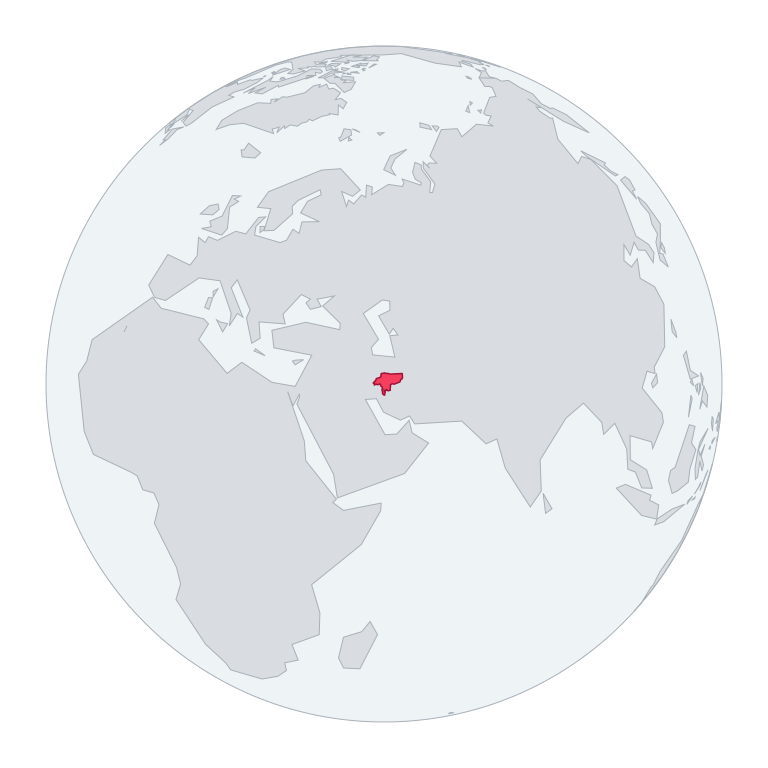 globe centered on Esfahan
{"feature_id": "IRN-3211", "entity_name": "Esfahan", "entity_type": "Province", "adm_level": 1, "iso_a3": "IRN", "parent_name": "Iran", "parent_adm1": "", "projection": "orthographic", "projection_center": [51.611, 32.657], "detail": "fine", "context": "on_globe", "style": "filled", "palette": "rose", "viewbox_px": 768, "rotation_deg": 0, "n_neighbors": 0, "source": "natural_earth", "source_scale": "10m", "svg_char_len": 12345}
<svg xmlns="http://www.w3.org/2000/svg" viewBox="0 0 768 768"><circle cx="384" cy="384" r="338" fill="#eef3f6" stroke="#a8b0b8"/><path d="M399.1,46.4L401.7,46.6L436.8,51.4L452.6,53.9L445.4,53.4L478.6,59.9L500.7,67.2L472.8,58.6L467.6,57.7L481.2,62.0L478.8,62.1L484.0,64.6L480.0,64.7L464.0,60.7L461.1,61.0L470.8,64.2L473.0,67.0L459.1,62.1L461.4,66.8L435.0,63.1L401.2,53.6L383.5,54.9L340.6,55.3L341.5,56.7L325.8,59.1L321.0,61.9L314.4,62.0L316.2,64.4L323.2,63.8L326.3,64.8L324.1,66.8L315.3,66.9L315.1,66.0L311.4,67.1L307.9,66.5L308.4,67.9L298.0,68.4L304.9,70.9L293.8,73.9L287.9,73.5L293.0,69.6L291.7,62.0L287.3,62.0L275.8,65.1L244.8,78.3L238.0,80.6L225.5,86.5L227.1,86.5L237.5,82.1L237.5,84.5L250.2,79.8L252.0,80.4L263.3,77.9L256.7,82.8L244.1,89.3L234.5,92.0L228.7,95.2L233.9,97.0L212.1,107.0L191.1,123.4L186.0,126.1L183.1,122.3L193.1,110.5L189.5,109.1L186.8,115.1L174.1,123.1L169.9,126.9L167.7,129.9L170.5,129.1L165.2,133.3L165.7,128.0L170.6,124.1L170.4,125.5L175.0,120.5L175.3,118.6L168.8,123.6L171.4,121.4L191.0,106.6L211.6,93.4L233.1,81.6L255.4,71.5L278.4,63.0L301.9,56.2L325.9,51.1L350.2,47.8L374.6,46.2L399.1,46.4ZM464.5,56.2L456.9,54.4L465.1,56.2L464.5,56.2ZM485.4,65.0L488.3,65.7L489.8,66.8L485.4,65.0ZM266.1,75.5L264.7,76.7L263.3,76.5L266.1,75.5ZM272.3,73.6L271.8,72.6L274.7,71.5L274.9,72.1L272.3,73.6ZM485.0,68.2L486.5,70.2L482.2,67.4L485.0,68.2ZM272.3,75.2L279.8,69.8L284.9,68.1L290.2,69.4L272.3,75.2ZM485.5,70.9L489.3,76.7L496.0,78.3L479.1,77.8L481.5,72.5L475.2,68.6L481.8,70.9L485.5,70.9ZM326.3,62.9L318.8,63.5L327.1,61.4L326.3,62.9ZM330.9,61.3L351.8,54.8L361.8,55.4L352.8,57.1L367.3,57.1L361.8,60.5L352.6,61.3L347.3,60.1L349.3,62.4L330.9,61.3ZM469.1,77.1L467.6,78.2L466.1,76.3L469.1,77.1ZM328.2,65.1L331.5,63.5L340.4,63.8L335.3,67.1L334.1,65.9L328.2,65.1ZM373.8,55.8L379.5,56.9L376.6,59.9L378.5,60.8L362.6,60.7L373.8,55.8ZM330.9,66.8L332.5,69.0L326.3,70.7L325.5,66.8L330.9,66.8ZM344.9,62.5L348.8,63.0L345.0,63.8L344.9,62.5ZM305.2,79.1L309.0,76.6L314.0,76.4L305.2,79.1ZM333.5,69.7L335.6,69.1L338.0,68.9L337.7,70.7L333.5,69.7ZM361.7,63.0L359.3,64.2L368.0,63.2L366.2,65.8L356.0,65.4L359.6,66.7L359.1,67.6L351.3,66.4L361.7,63.0ZM344.6,72.1L330.9,73.3L322.8,77.8L318.1,77.9L332.1,70.8L344.6,72.1ZM349.2,68.8L345.3,70.8L341.5,69.6L341.9,67.6L349.2,68.8ZM368.7,68.0L374.1,64.0L376.2,64.3L368.7,68.0ZM343.0,73.5L346.3,73.3L342.8,74.0L343.0,73.5ZM361.7,69.8L363.3,68.2L365.6,68.5L361.7,69.8ZM351.6,74.3L347.2,74.5L347.3,73.0L351.6,74.3ZM356.8,72.4L359.6,73.3L350.0,72.3L357.2,71.6L356.8,72.4ZM363.6,70.4L365.5,70.1L362.6,71.0L363.6,70.4ZM353.8,80.4L341.7,79.6L341.9,76.0L353.7,77.2L353.8,80.4ZM84.2,431.3L78.4,374.2L86.7,361.2L92.1,339.7L152.6,297.2L161.1,308.2L203.9,318.9L208.5,324.0L198.7,339.7L227.1,373.4L241.8,362.3L272.1,382.4L295.2,386.4L311.8,355.2L273.9,347.8L271.9,330.3L306.0,322.3L339.8,329.7L340.2,323.3L322.7,306.0L334.4,295.9L317.1,299.2L321.2,306.6L310.4,309.3L306.0,302.8L310.4,299.1L301.3,294.5L283.0,314.2L285.2,323.9L259.0,321.9L260.2,338.2L251.7,343.3L246.5,317.9L250.1,310.0L237.3,279.9L231.2,287.8L242.9,317.2L237.4,313.5L229.3,325.9L231.2,313.6L220.1,280.8L199.1,277.9L165.4,300.5L154.6,297.4L148.7,285.1L167.9,254.5L190.0,265.2L197.1,255.9L198.6,237.3L205.2,242.6L208.5,236.7L217.4,240.4L235.8,231.3L245.8,233.9L258.7,217.4L265.6,216.9L255.9,226.5L254.6,235.1L280.0,242.6L286.6,240.2L292.9,229.3L299.1,233.4L302.0,221.9L319.4,221.7L300.6,212.9L307.6,201.3L321.2,194.8L320.1,189.7L298.0,200.5L292.2,206.4L292.6,213.8L273.9,230.4L264.0,230.8L270.8,208.6L257.4,207.3L268.6,191.7L321.5,170.1L340.6,168.7L360.3,190.0L352.5,196.3L341.6,191.4L346.5,206.4L348.6,200.1L353.7,203.9L361.7,194.9L365.7,197.3L366.5,185.1L372.3,187.0L371.7,194.7L388.5,184.4L402.1,186.5L404.0,183.1L402.1,179.0L420.7,185.1L421.2,182.5L415.3,179.3L412.6,172.2L415.0,162.4L421.3,165.0L421.3,168.9L430.7,181.7L429.7,192.4L432.5,192.6L434.9,184.0L423.4,168.3L423.1,161.7L429.7,168.2L427.2,165.3L429.1,162.9L436.7,163.3L430.0,156.0L441.3,129.6L457.3,128.7L461.9,136.8L476.5,124.2L493.4,126.1L487.9,122.9L491.2,116.0L486.0,115.2L483.6,113.2L489.7,97.4L496.0,96.4L492.4,87.9L489.6,86.5L484.8,86.5L479.1,77.8L496.0,78.3L501.5,81.2L508.4,80.4L520.0,87.6L532.7,93.9L541.4,103.8L550.7,108.6L552.3,107.8L566.2,114.6L589.2,132.8L563.5,121.3L527.5,98.9L541.6,107.8L536.3,107.1L540.0,111.4L550.1,118.2L552.6,118.0L557.8,139.1L577.9,163.6L581.6,156.5L590.9,159.5L617.0,185.7L636.0,236.1L648.6,244.4L654.0,252.8L653.2,262.6L645.3,250.3L638.4,250.1L634.1,242.3L630.2,255.2L623.9,244.6L624.0,260.7L631.5,266.9L637.3,258.7L640.1,278.3L654.7,286.8L663.9,304.2L664.7,346.8L654.2,367.2L655.1,373.6L647.0,371.2L642.2,388.1L661.9,412.7L663.4,422.2L652.7,448.6L651.5,441.9L630.1,435.6L630.3,459.7L646.7,470.0L652.4,488.3L641.7,487.9L635.4,472.1L627.8,469.2L626.8,449.1L614.8,423.3L603.7,434.4L601.7,422.3L583.5,403.1L566.0,418.1L540.1,459.9L541.3,490.9L530.3,507.0L505.3,468.2L496.9,438.9L486.1,443.8L461.8,421.1L414.7,423.9L409.6,415.9L400.4,420.1L383.5,412.2L376.4,398.7L365.4,399.5L385.0,434.7L396.9,434.0L409.1,420.3L412.1,432.8L428.6,443.0L404.6,473.5L337.4,497.9L333.6,474.3L296.9,404.1L299.6,396.8L299.5,395.9L299.3,394.3L293.0,405.9L287.7,391.8L304.3,440.9L305.8,460.8L336.4,499.2L332.8,502.5L343.5,510.4L381.1,503.1L380.7,510.7L361.3,544.5L311.6,584.7L319.9,612.9L319.2,634.6L292.0,644.5L298.2,660.1L284.7,662.8L286.4,670.5L277.7,676.3L261.9,679.0L230.7,669.9L225.7,662.9L205.5,644.2L176.0,599.5L180.6,583.9L176.6,567.7L154.4,523.3L159.0,504.5L153.9,493.0L142.8,489.8L137.2,475.9L130.8,472.1L93.4,454.4L84.2,431.3ZM126.9,325.9L124.1,332.0L126.9,325.9ZM372.7,354.9L394.9,357.1L389.8,335.7L397.9,335.0L393.2,328.3L389.3,334.1L378.6,315.9L389.9,310.2L389.8,301.1L382.3,300.0L363.3,313.5L378.5,339.3L371.3,347.6L372.7,354.9ZM174.1,123.4L173.9,123.9L170.7,127.5L170.2,126.9L174.1,123.4ZM168.2,138.8L159.6,145.4L165.4,139.9L163.1,139.9L172.5,129.0L183.9,126.9L177.1,129.5L168.2,138.8ZM188.2,115.2L181.0,121.5L188.5,114.7L188.2,115.2ZM218.1,204.0L219.1,209.4L212.8,214.9L200.3,214.0L209.3,205.8L218.1,204.0ZM222.1,216.1L232.4,195.5L240.6,196.0L234.3,199.1L238.7,201.4L229.6,207.1L227.4,228.6L221.7,235.1L201.6,228.5L211.3,226.7L209.7,221.2L222.1,216.1ZM244.1,149.9L248.6,143.2L260.6,152.7L255.0,158.0L242.1,156.9L241.1,149.9L244.1,149.9ZM280.2,79.3L281.2,77.7L283.7,77.4L284.8,78.6L280.2,79.3ZM306.6,77.9L278.6,87.1L278.2,85.4L262.2,93.9L255.1,92.9L265.8,87.3L248.3,93.5L255.1,88.0L243.3,93.0L267.7,80.5L273.1,76.6L269.8,81.1L276.2,81.9L280.5,81.1L296.9,76.1L311.6,68.9L320.3,69.3L322.5,71.6L320.2,73.3L315.3,72.3L315.9,75.5L307.1,75.5L306.6,77.9ZM343.2,108.7L338.4,104.9L338.1,115.0L329.3,113.5L329.8,114.7L321.6,116.4L312.5,120.8L309.1,119.3L307.0,121.8L301.5,123.2L297.5,126.2L290.2,124.9L284.7,128.6L284.3,125.9L276.8,132.8L279.1,127.2L272.2,129.1L273.6,133.6L243.7,123.3L229.4,124.8L216.2,129.5L221.9,120.3L237.9,110.6L257.8,102.8L270.8,103.3L271.0,99.5L277.3,98.8L274.5,102.1L282.5,96.8L287.0,97.2L304.7,92.8L313.6,85.8L320.3,84.4L319.0,87.4L326.6,84.1L328.7,89.0L333.6,88.2L340.5,92.8L335.3,99.7L341.1,98.4L346.7,102.4L343.2,108.7ZM355.5,81.8L351.2,89.3L344.2,92.5L335.0,83.4L330.3,83.4L324.2,78.5L334.4,74.2L335.2,75.9L338.3,76.6L333.9,77.6L339.8,77.4L341.2,79.9L346.1,80.5L343.4,82.7L355.5,81.8ZM216.6,319.8L220.6,322.1L227.6,323.7L222.6,331.9L216.6,319.8ZM208.5,297.5L212.6,297.9L208.9,309.4L204.7,307.4L208.5,297.5ZM218.0,288.7L213.1,297.0L213.2,291.3L218.0,288.7ZM260.1,226.5L264.8,226.6L264.1,229.4L260.0,232.6L260.1,226.5ZM340.3,141.3L338.7,137.8L340.9,137.0L344.0,128.8L350.8,129.7L351.6,135.0L340.3,141.3ZM303.6,359.7L295.1,364.8L292.4,361.1L295.8,360.1L303.6,359.7ZM255.6,348.8L265.1,355.7L254.1,351.0L255.6,348.8ZM348.3,140.9L348.8,137.3L351.8,140.1L348.3,140.9ZM356.0,130.0L360.1,132.5L352.0,128.9L356.0,130.0ZM450.5,712.5L453.9,712.7L448.3,713.8L450.5,712.5ZM377.5,634.6L359.9,668.8L343.6,668.0L338.5,658.0L343.5,637.2L361.7,631.7L370.1,621.5L377.5,634.6ZM691.5,500.5L695.1,497.1L694.7,498.6L691.5,500.5ZM688.1,500.7L692.6,496.0L686.8,504.4L688.1,500.7ZM694.3,494.2L698.9,486.4L700.9,482.0L700.2,485.0L694.3,494.2ZM684.7,504.2L663.7,521.7L654.6,525.0L657.4,518.7L672.3,508.9L684.7,504.2ZM656.7,519.1L641.7,515.5L616.3,488.1L625.5,484.4L651.1,495.2L649.6,500.2L658.7,504.9L656.7,519.1ZM690.0,468.6L688.3,482.1L677.4,491.0L672.1,493.4L668.5,480.3L670.6,470.5L675.2,467.2L689.3,424.7L695.0,426.4L691.5,442.9L695.9,449.6L690.0,468.6ZM543.1,493.3L552.0,508.7L545.6,513.4L543.1,493.3ZM692.2,398.8L688.4,417.2L690.9,395.2L692.2,398.8ZM692.0,379.8L693.7,385.8L690.2,382.1L692.0,379.8ZM657.6,382.6L652.9,387.8L651.4,383.3L656.6,374.1L657.6,382.6ZM670.9,319.1L675.9,332.5L676.8,337.8L672.2,331.6L670.9,319.1ZM406.9,149.3L394.9,159.1L390.8,168.0L395.5,175.3L383.7,169.7L390.1,155.9L406.9,149.3ZM436.4,131.4L432.2,125.9L437.3,126.1L439.0,127.4L436.4,131.4ZM431.5,129.6L420.1,127.1L419.9,122.7L429.0,125.4L431.5,129.6ZM383.9,132.7L379.9,135.4L377.5,132.9L383.9,132.7ZM634.7,610.6L633.9,611.4L641.4,602.8L651.2,586.8L653.0,585.2L660.0,571.5L681.5,540.7L699.0,502.4L703.3,494.1L711.3,467.7L712.4,463.7L705.9,486.8L697.8,509.4L688.1,531.3L676.9,552.5L664.2,572.8L650.1,592.2L634.7,610.6ZM700.0,490.5L705.9,474.4L708.0,470.0L700.0,490.5ZM719.6,423.2L719.7,422.4L717.2,431.7L716.8,428.4L718.5,420.1L715.6,423.7L718.9,412.1L719.4,420.2L720.9,405.7L721.5,400.6L719.6,423.2ZM717.1,438.1L717.5,436.5L716.7,441.5L717.1,438.1ZM710.5,445.5L710.1,449.1L708.9,448.8L710.5,445.5ZM712.2,440.6L715.2,437.2L711.7,444.0L712.2,440.6ZM698.6,449.4L700.1,455.4L704.9,444.2L701.2,456.1L703.5,464.7L702.0,471.0L699.9,461.2L697.6,477.0L695.4,479.4L695.0,468.6L697.8,450.9L700.0,442.0L708.1,428.3L698.6,449.4ZM712.5,431.1L711.5,423.7L712.1,416.3L713.3,419.1L712.5,431.1ZM706.9,407.0L702.4,401.0L699.7,409.3L703.8,385.9L707.7,395.4L706.9,407.0ZM700.9,387.6L698.5,395.2L700.0,382.5L700.9,387.6ZM697.1,392.6L695.3,385.6L697.9,383.5L697.1,392.6ZM702.4,385.8L700.5,372.5L703.1,378.3L702.4,385.8ZM690.3,370.3L698.5,375.9L690.3,379.3L683.4,355.4L686.4,351.2L690.3,370.3ZM665.2,253.2L660.7,247.5L661.6,242.6L664.4,247.9L665.2,253.2ZM660.3,223.8L660.4,239.5L659.7,253.3L662.9,253.9L668.3,267.0L660.1,260.0L655.9,242.3L657.5,234.0L651.8,223.9L649.3,213.5L640.6,203.2L637.6,196.5L645.9,203.6L660.3,223.8ZM636.7,199.2L620.6,180.1L625.0,176.6L629.5,179.9L635.0,189.9L632.4,191.1L636.7,199.2ZM618.0,174.7L615.3,175.9L585.9,155.8L580.8,150.8L605.5,163.0L604.2,165.0L610.7,171.0L618.0,174.7ZM471.3,79.2L468.0,78.3L471.0,78.1L471.3,79.2ZM480.7,113.0L477.9,110.3L481.5,109.8L480.7,113.0ZM472.4,102.9L470.2,105.3L469.9,101.6L472.4,102.9ZM465.8,111.2L468.1,105.7L469.7,112.6L465.8,111.2Z" fill="#d9dde1" stroke="#a8b0b8" stroke-width="1"/><path d="M376.1,379.0L376.5,378.6L377.3,378.2L379.3,377.7L379.6,377.5L379.9,377.3L380.2,377.2L380.5,377.2L380.6,376.9L381.1,375.8L381.2,375.4L380.9,375.1L381.1,374.0L381.2,373.8L381.3,373.6L381.8,373.4L382.8,373.3L383.2,373.3L384.9,372.9L385.8,373.4L386.3,373.5L387.6,373.4L387.9,373.4L390.0,374.1L390.3,374.1L401.9,373.5L402.1,373.6L402.3,373.7L402.5,377.7L402.4,378.1L402.0,378.9L401.7,379.1L401.4,379.2L400.9,379.4L400.6,379.8L400.4,380.8L400.3,381.2L400.1,381.6L399.8,381.9L399.3,382.2L394.1,384.2L392.6,383.8L392.2,383.8L391.7,384.0L391.4,384.2L391.2,384.4L390.9,384.6L390.5,384.7L390.3,384.9L390.3,385.1L390.5,386.9L390.4,387.2L390.2,388.1L390.1,388.8L390.1,389.3L390.3,390.2L388.6,390.7L388.2,390.7L387.1,390.5L386.9,390.3L386.8,389.7L386.7,389.6L386.0,389.9L385.9,390.1L385.7,390.1L385.1,390.6L384.7,390.7L384.2,390.5L384.3,391.0L384.5,391.1L384.9,391.3L385.2,391.5L385.3,391.9L385.2,392.3L385.1,392.9L384.7,394.0L384.6,394.5L384.7,394.8L384.7,395.0L384.2,395.1L383.3,394.5L382.8,393.9L382.5,393.2L382.5,392.8L382.5,392.6L382.6,392.1L382.1,390.6L382.0,389.9L382.0,389.6L382.4,389.4L382.4,389.2L382.2,389.0L382.1,388.9L382.2,388.7L382.4,388.5L382.5,388.2L382.4,387.6L382.2,387.1L381.6,386.7L381.3,386.4L380.7,385.9L380.7,385.5L380.7,385.0L380.6,384.9L380.5,384.7L380.3,384.6L380.3,384.4L380.2,384.2L379.8,384.0L379.7,384.2L378.9,384.2L378.7,384.3L378.1,384.6L377.9,384.7L377.7,384.6L377.2,384.6L376.9,384.4L376.6,384.2L376.3,384.2L376.2,384.3L375.7,384.3L374.7,384.8L374.8,384.4L374.9,384.2L374.7,383.9L374.2,383.7L373.8,383.7L373.5,383.6L373.3,383.0L373.3,382.9L373.4,382.7L373.5,382.6L373.9,382.5L374.1,382.3L374.3,381.6L374.5,381.3L375.3,381.1L375.4,380.9L376.0,379.8L375.9,379.5L376.0,379.2L376.1,379.0Z" fill="#f43f5e" stroke="#9f1239" stroke-width="1.5"/></svg>